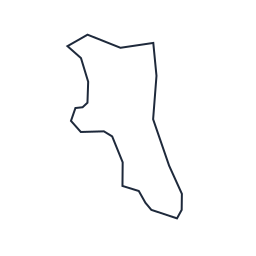 Stockport, Equal Earth projection, rotated 71°
{"feature_id": "GBR-5683", "entity_name": "Stockport", "entity_type": "Metropolitan Borough", "adm_level": 1, "iso_a3": "GBR", "parent_name": "United Kingdom", "parent_adm1": "", "projection": "equal_earth", "projection_center": [-2.122, 53.379], "detail": "fine", "context": "isolated", "style": "outline", "palette": "slate", "viewbox_px": 256, "rotation_deg": 71, "n_neighbors": 0, "source": "natural_earth", "source_scale": "10m", "svg_char_len": 451}
<svg xmlns="http://www.w3.org/2000/svg" viewBox="0 0 256 256"><g transform="rotate(71 128 128)"><path d="M207.8,98.5L222.9,103.9L229.4,111.1L213.0,132.6L204.3,135.9L191.1,138.3L181.0,152.1L158.7,144.2L130.8,145.7L123.3,151.9L116.4,173.9L102.7,179.6L92.0,171.2L93.6,164.2L90.9,158.1L71.3,150.6L46.6,149.7L30.9,158.6L26.6,135.9L49.7,109.0L55.8,76.4L88.0,84.1L127.9,101.4L177.0,101.4L207.8,98.5Z" fill="none" stroke="#1e293b" stroke-width="2"/></g></svg>